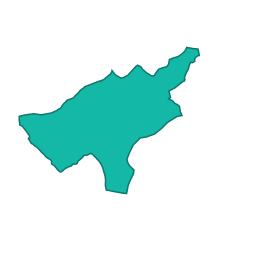 Cas En Bas, Gros Islet, Saint Lucia, rotated 155°
{"feature_id": "8701671B99981007165290", "entity_name": "Cas En Bas", "entity_type": "district", "adm_level": 2, "iso_a3": "LCA", "parent_name": "Saint Lucia", "parent_adm1": "Gros Islet", "projection": "natural_earth1", "projection_center": [-60.932, 14.085], "detail": "fine", "context": "isolated", "style": "filled", "palette": "teal", "viewbox_px": 256, "rotation_deg": 155, "n_neighbors": 0, "source": "geoboundaries", "source_scale": "gbopen_adm2", "svg_char_len": 5903}
<svg xmlns="http://www.w3.org/2000/svg" viewBox="0 0 256 256"><g transform="rotate(155 128 128)"><path d="M56.8,146.8L56.2,148.5L56.0,148.9L55.9,148.8L55.9,149.2L55.3,149.8L54.6,150.8L54.0,151.4L53.9,151.6L53.6,151.9L52.6,152.6L52.4,152.9L52.1,153.1L51.6,153.7L50.3,154.5L48.7,155.7L47.8,156.7L47.0,157.7L45.9,159.0L44.2,160.5L43.7,160.9L43.1,161.1L42.4,160.1L42.0,160.0L39.3,160.2L39.0,161.3L38.1,162.5L37.9,162.8L36.8,163.3L35.3,163.8L34.0,163.9L33.0,163.6L32.7,163.6L31.7,167.7L31.1,169.8L32.2,170.6L32.6,170.8L32.7,171.0L33.6,171.4L35.7,172.6L38.4,174.6L40.8,176.2L41.7,175.3L43.9,173.7L48.2,172.2L52.5,171.6L57.5,172.3L61.6,172.5L61.7,172.2L62.5,171.1L62.7,170.9L63.1,170.3L63.4,169.9L63.8,169.2L64.1,168.9L64.5,168.5L65.1,168.1L65.4,168.0L65.8,167.8L66.1,167.7L67.5,167.1L69.1,167.7L75.4,168.3L79.7,166.0L81.7,164.6L82.5,164.6L83.4,164.7L83.7,164.7L84.0,164.9L84.3,165.1L84.5,165.2L84.9,165.7L85.2,166.0L86.0,167.4L86.2,167.7L86.8,168.7L87.3,169.3L87.4,169.5L87.8,170.0L88.0,170.3L88.1,170.7L88.2,171.0L88.6,171.9L89.3,173.4L90.0,174.9L90.1,175.3L90.1,175.7L90.2,176.3L90.2,176.6L90.4,177.4L90.5,178.0L90.6,178.3L91.1,178.9L91.4,179.2L91.7,179.4L92.1,179.7L92.2,180.0L92.8,180.9L95.0,180.4L98.0,179.2L105.7,175.9L109.7,175.6L113.3,176.1L117.0,181.5L118.2,186.8L118.4,186.5L118.8,186.0L119.1,185.7L119.7,185.2L120.4,184.8L121.1,184.3L121.5,184.2L121.8,184.1L122.3,184.0L122.6,184.0L123.2,183.9L124.5,183.4L124.9,183.2L125.6,183.2L126.7,182.9L127.0,182.9L127.3,182.8L128.4,182.3L128.8,182.3L129.6,182.2L129.8,182.1L130.3,182.1L130.9,182.2L131.7,182.3L132.4,181.8L132.6,181.8L133.0,182.3L133.2,182.5L149.6,183.7L149.8,183.4L151.2,183.1L151.5,183.0L152.4,182.9L153.4,182.7L154.2,182.5L154.5,182.5L154.9,182.3L155.6,182.1L156.0,182.0L156.3,181.8L156.7,181.6L157.0,181.5L157.7,181.1L158.1,180.8L159.1,180.6L159.6,180.5L159.9,180.3L160.2,180.2L161.0,179.9L161.7,179.7L162.0,179.7L162.5,179.5L163.6,178.8L164.5,178.5L164.8,178.4L165.6,178.4L165.9,178.4L166.3,178.4L167.5,178.5L167.8,178.5L168.3,178.6L169.0,178.7L170.1,178.7L170.5,178.8L171.3,179.0L171.6,178.9L171.9,178.7L172.3,178.6L172.5,178.6L173.0,178.2L173.3,177.9L173.5,177.7L174.0,177.8L174.4,177.7L175.2,177.5L176.2,177.1L176.9,176.7L177.2,176.6L177.6,176.4L178.3,176.0L178.6,175.8L178.9,175.6L179.2,175.4L179.9,175.0L180.2,174.7L180.6,174.3L183.8,174.4L184.7,173.9L186.3,173.9L187.9,174.0L191.1,174.0L192.5,174.3L194.1,174.8L199.2,176.1L199.9,176.2L200.5,176.5L201.7,177.0L202.7,177.7L205.5,179.5L206.7,180.3L207.4,180.8L208.0,181.0L209.5,181.3L210.1,181.6L212.6,182.4L213.4,182.6L214.3,182.9L215.1,183.1L215.9,183.4L221.6,184.5L221.8,184.4L221.9,184.1L223.3,181.0L223.3,180.8L223.6,180.1L223.9,179.4L223.9,179.2L224.0,178.7L224.1,178.2L224.9,176.6L224.7,176.4L224.2,175.8L223.8,175.2L223.7,175.0L223.3,174.6L223.1,174.3L222.8,173.5L222.6,172.5L222.2,170.8L222.1,170.2L221.7,168.8L221.5,168.4L221.5,167.5L221.3,166.6L221.0,164.9L220.9,164.5L220.7,163.4L220.7,162.9L220.8,162.1L220.9,161.3L221.3,160.8L221.7,160.9L222.0,160.9L222.8,160.3L222.9,159.6L222.3,159.0L222.4,158.0L222.4,156.8L222.2,155.2L221.8,154.4L221.3,153.9L220.9,153.5L220.2,151.5L219.8,150.7L219.2,150.0L218.7,149.1L218.0,147.1L217.8,146.6L217.4,145.3L217.1,144.4L217.0,143.7L216.7,142.9L216.0,141.1L215.3,139.4L214.9,137.8L214.7,137.1L214.3,136.0L214.0,135.4L213.3,134.3L212.3,133.0L212.0,132.5L211.8,132.0L211.2,130.9L211.2,130.6L211.4,129.9L211.8,129.2L212.2,128.3L212.3,127.6L211.9,126.7L211.7,126.5L211.3,125.9L210.9,125.3L210.6,124.6L210.3,123.5L210.2,123.3L210.0,122.4L209.9,122.1L209.8,121.8L209.8,121.4L209.7,120.8L209.5,120.5L209.5,120.1L209.4,119.8L209.2,119.2L208.8,118.4L208.7,118.1L208.6,117.9L208.5,117.6L208.4,117.3L208.3,117.2L207.8,116.8L207.6,116.6L207.3,116.5L207.1,116.5L206.5,116.6L205.9,116.8L205.6,116.8L205.1,116.8L204.9,116.9L204.4,117.1L204.1,117.2L203.8,117.3L203.2,117.5L202.9,117.6L201.7,117.8L201.2,117.9L200.9,117.8L200.4,117.9L200.1,117.8L199.7,117.9L199.1,117.9L198.3,117.9L197.4,117.8L196.5,117.6L196.1,117.6L195.5,117.6L195.2,117.7L194.8,118.0L194.6,118.1L194.1,118.1L193.6,118.2L193.3,118.2L192.8,118.3L192.6,118.3L191.9,118.3L191.6,117.9L191.3,117.6L190.8,117.4L190.1,117.3L189.7,117.3L189.4,117.3L189.0,117.5L188.8,117.6L188.4,118.0L187.9,118.4L187.4,119.0L187.2,119.1L187.0,119.3L186.6,119.4L186.0,119.4L185.7,119.5L185.4,119.5L185.1,119.6L184.5,119.7L184.3,119.8L184.0,119.9L184.0,120.0L183.5,120.1L183.1,120.2L182.8,120.4L182.4,120.6L181.8,120.6L181.3,120.8L180.9,121.0L180.6,121.2L180.4,121.4L180.2,121.5L179.8,121.6L179.0,121.5L177.7,121.2L177.0,120.9L176.7,120.8L175.8,120.7L174.8,120.7L174.1,120.8L173.4,120.7L173.0,120.7L172.7,120.7L172.2,120.5L171.9,120.1L171.6,119.6L171.0,118.5L170.4,116.5L169.8,115.1L169.5,114.1L169.3,113.2L168.9,112.1L168.6,111.4L168.5,111.0L168.2,110.1L168.0,109.1L167.9,108.2L167.8,107.0L167.7,106.3L167.7,104.0L167.7,103.1L167.8,102.3L167.9,101.3L168.2,99.6L168.3,98.9L168.5,98.0L168.6,97.2L168.7,96.2L169.0,94.6L169.3,93.4L169.8,91.7L170.2,90.8L170.5,90.0L170.9,89.2L172.5,86.1L172.7,85.8L173.9,80.9L173.4,80.5L172.5,79.9L171.4,79.2L167.8,76.5L168.8,77.2L161.7,72.2L160.3,71.2L157.0,69.2L152.0,76.0L151.2,76.8L150.4,77.5L150.0,77.9L149.0,78.9L144.3,82.7L143.2,83.5L142.7,83.9L142.6,84.0L141.4,85.7L140.7,87.2L140.8,88.0L140.6,87.9L142.1,92.0L142.5,92.9L142.5,93.0L142.7,95.0L142.8,96.3L142.8,97.8L142.8,96.6L142.8,97.2L142.1,100.2L137.7,104.5L130.5,110.4L121.0,113.8L115.2,112.1L106.5,111.3L97.7,113.4L89.7,116.4L78.5,117.7L73.8,116.5L73.6,120.8L72.6,124.6L72.3,125.2L72.3,125.7L72.5,126.2L72.5,126.5L72.6,127.0L72.8,127.2L73.1,127.8L73.3,128.2L73.6,128.6L73.8,128.8L74.3,129.4L74.8,130.1L75.1,130.4L75.4,130.9L75.5,131.2L75.5,131.5L75.7,132.4L76.0,133.2L76.1,133.7L76.4,134.1L76.6,134.5L76.9,134.9L77.3,135.1L77.8,135.8L78.3,136.6L78.6,137.0L78.9,137.4L78.5,137.6L78.1,137.6L77.4,137.6L76.6,137.6L75.3,144.2L68.2,144.6L59.2,146.8L56.8,146.8Z" fill="#14b8a6" stroke="#0f766e" stroke-width="1.5"/></g></svg>